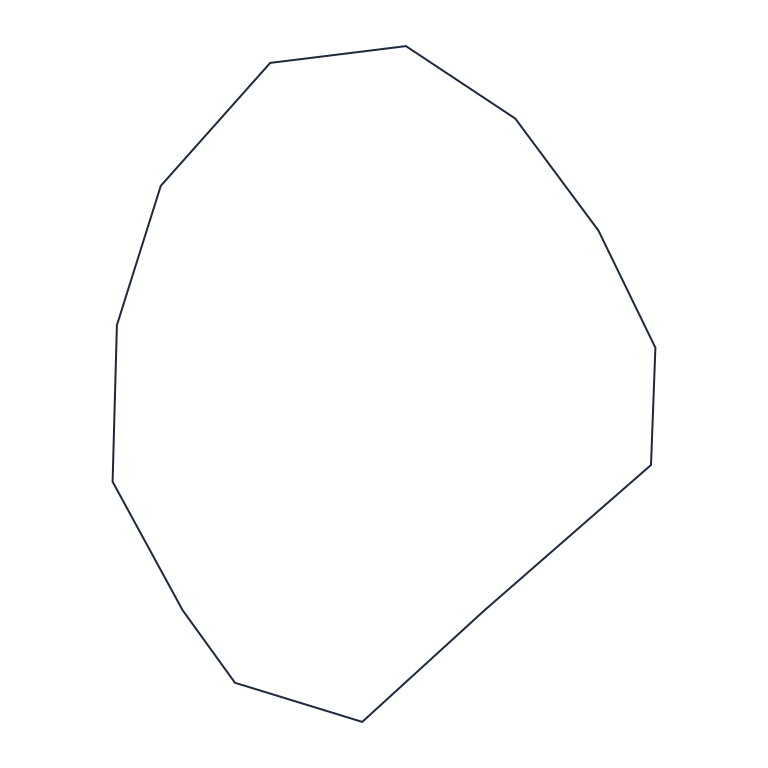 SVG path tracing the border of Nottingham
{"feature_id": "GBR-2763", "entity_name": "Nottingham", "entity_type": "Unitary Authority", "adm_level": 1, "iso_a3": "GBR", "parent_name": "United Kingdom", "parent_adm1": "", "projection": "robinson", "projection_center": [-1.17, 52.934], "detail": "fine", "context": "isolated", "style": "outline", "palette": "slate", "viewbox_px": 768, "rotation_deg": 0, "n_neighbors": 0, "source": "natural_earth", "source_scale": "10m", "svg_char_len": 292}
<svg xmlns="http://www.w3.org/2000/svg" viewBox="0 0 768 768"><path d="M405.9,46.1L515.3,118.6L598.4,230.5L655.4,347.7L651.0,465.0L484.6,610.2L362.2,721.9L235.0,682.8L182.6,610.2L112.6,481.7L116.9,325.2L160.8,185.8L270.2,62.9L405.9,46.1Z" fill="none" stroke="#1e293b" stroke-width="2"/></svg>